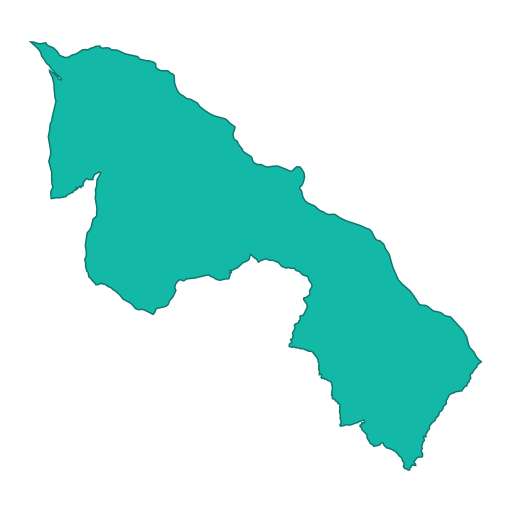 the district of Betulia, Santander, Colombia
{"feature_id": "7082276B21434370337268", "entity_name": "Betulia", "entity_type": "district", "adm_level": 2, "iso_a3": "COL", "parent_name": "Colombia", "parent_adm1": "Santander", "projection": "mercator", "projection_center": [-73.375, 7.001], "detail": "fine", "context": "isolated", "style": "filled", "palette": "teal", "viewbox_px": 512, "rotation_deg": 0, "n_neighbors": 0, "source": "geoboundaries", "source_scale": "gbopen_adm2", "svg_char_len": 5946}
<svg xmlns="http://www.w3.org/2000/svg" viewBox="0 0 512 512"><path d="M481.3,361.8L478.9,359.8L476.7,357.3L473.9,352.0L469.8,347.6L468.6,344.9L466.6,336.7L465.5,334.6L464.3,333.3L463.6,331.2L451.2,317.6L450.2,316.8L444.8,315.7L442.1,313.4L440.2,312.4L433.1,310.9L428.1,306.7L425.6,305.4L421.2,305.1L419.3,304.4L413.4,295.3L409.6,290.5L402.1,284.0L398.3,279.7L392.7,267.0L389.2,254.4L385.0,247.9L384.5,245.8L383.5,244.0L379.7,240.6L377.3,240.4L376.2,239.6L374.5,237.4L371.7,231.7L369.6,229.4L366.8,228.5L360.3,225.5L346.0,220.8L339.7,217.7L335.3,214.6L333.6,214.2L329.0,214.6L325.7,213.6L323.7,212.0L319.5,210.4L314.8,206.1L307.9,203.1L305.1,200.8L303.0,197.4L301.6,191.1L299.9,188.9L299.7,188.1L300.2,186.5L301.5,185.8L302.7,183.8L303.9,180.1L304.6,176.4L303.8,172.6L301.6,168.9L300.1,167.1L297.0,166.7L295.5,167.7L292.6,170.6L290.9,171.2L289.9,171.1L286.8,169.6L277.7,166.0L272.1,166.3L268.1,167.1L265.7,166.7L261.0,164.5L257.1,164.5L254.0,162.8L252.9,161.5L252.0,158.0L250.8,156.4L244.0,152.1L242.5,150.6L242.4,149.3L239.0,145.1L237.5,141.9L236.7,140.9L234.1,139.3L233.0,135.2L233.0,133.7L234.7,129.1L235.0,126.9L229.8,123.2L227.9,121.0L225.3,118.9L214.7,116.0L210.0,113.9L203.8,109.8L200.0,106.8L197.4,103.1L190.9,99.4L186.2,98.4L184.0,96.4L179.6,93.8L177.2,90.3L175.7,86.7L174.6,83.0L174.1,75.4L172.1,73.6L169.7,72.9L169.0,71.6L167.5,70.7L160.9,70.7L157.7,69.1L155.9,67.6L155.6,63.8L154.1,62.4L149.5,60.9L145.9,60.6L139.8,59.2L137.7,56.6L125.3,53.9L117.2,50.1L111.4,49.8L109.3,48.1L106.5,47.8L102.0,48.2L100.6,47.4L100.0,46.1L95.8,46.3L93.6,47.5L90.8,48.2L87.8,49.9L85.3,49.5L82.6,49.8L76.2,53.9L71.8,55.2L68.2,57.3L64.9,57.5L59.8,55.5L57.2,51.5L53.5,47.9L47.5,45.4L45.7,42.8L39.9,43.9L34.4,42.5L33.9,42.1L30.7,41.9L36.7,47.3L39.6,50.5L41.0,53.4L41.6,56.0L44.2,59.4L46.6,63.4L49.0,65.2L51.4,68.9L53.5,70.6L56.6,74.5L59.5,76.6L61.6,79.2L61.3,79.9L60.5,79.9L58.8,79.2L57.7,77.3L53.3,72.8L49.5,70.4L49.8,72.2L52.5,77.6L53.2,80.7L54.1,85.3L54.0,87.5L55.0,97.6L56.0,101.3L52.1,117.8L51.8,120.8L50.2,124.0L49.5,130.8L48.3,136.8L50.7,151.1L50.6,154.5L48.8,161.3L51.7,172.3L51.7,180.3L52.1,184.6L53.0,187.5L51.3,190.2L51.0,191.5L50.7,193.3L51.2,196.5L50.9,198.1L51.5,198.6L56.5,197.7L59.2,197.9L66.2,196.5L67.0,195.0L71.5,192.7L72.9,192.4L73.6,191.0L76.7,189.4L76.7,188.8L75.9,188.3L76.2,187.5L77.8,188.3L78.0,187.6L79.1,187.2L79.6,186.2L80.0,186.2L80.9,187.4L81.6,186.1L82.8,186.0L83.7,182.0L86.5,178.6L88.8,179.6L92.9,179.6L93.2,177.3L94.7,174.5L99.1,172.1L100.6,172.6L100.3,173.9L97.1,179.5L96.5,186.7L95.4,189.6L95.8,193.6L95.2,197.9L97.0,208.4L96.6,211.5L96.7,216.0L93.0,219.2L91.2,227.3L89.6,230.2L87.2,232.8L85.3,245.6L86.3,251.1L86.2,256.5L84.7,259.3L85.7,263.7L85.5,265.9L86.8,271.2L88.1,272.2L88.8,276.9L90.5,278.1L92.9,281.3L94.6,282.7L95.9,284.7L97.6,284.7L101.6,283.3L102.4,283.9L104.8,284.2L108.4,286.7L110.8,287.5L113.2,289.8L115.3,291.0L119.7,294.8L122.9,299.0L130.8,303.3L133.9,306.5L135.0,308.2L138.2,309.7L142.4,309.4L144.2,309.9L153.3,314.4L154.9,312.0L156.2,308.6L164.6,306.7L166.0,306.2L168.1,304.5L169.7,300.5L172.8,297.1L175.9,290.5L174.7,287.2L175.6,284.1L177.4,281.6L179.6,279.8L180.8,279.8L183.1,280.8L184.4,280.5L186.6,278.9L195.0,278.0L206.5,275.2L209.0,275.0L210.6,276.4L212.9,277.1L215.7,279.0L218.8,280.1L220.6,280.2L224.9,279.0L228.8,278.8L230.1,275.1L229.7,273.1L230.7,273.2L231.6,272.0L231.3,271.1L230.1,270.5L233.4,269.8L235.0,268.7L237.3,268.0L242.8,262.8L247.7,260.6L249.0,259.6L250.3,254.5L251.0,254.5L253.5,257.1L256.8,259.4L258.5,262.1L260.5,260.7L265.9,258.8L269.2,260.2L273.8,260.5L276.4,261.9L277.9,262.0L281.9,266.5L286.4,268.1L288.1,267.5L291.5,268.4L294.2,268.1L295.9,270.4L299.3,271.4L302.7,274.9L307.8,276.5L309.0,280.3L311.7,284.0L312.0,286.5L309.5,290.9L309.9,293.3L309.6,294.8L305.9,297.5L303.9,297.9L303.6,298.7L304.0,300.3L306.8,304.0L307.2,307.3L304.3,313.3L302.9,315.4L300.4,315.9L299.9,316.4L300.2,319.7L298.7,321.3L298.4,322.9L295.6,323.8L294.3,325.2L294.9,326.4L295.0,328.4L292.6,332.9L292.7,334.3L293.2,334.9L292.7,337.9L292.2,338.8L290.6,339.4L290.9,340.5L291.9,341.3L291.8,342.4L289.4,344.1L289.2,346.4L291.7,347.3L293.9,346.8L295.7,347.7L298.1,347.8L300.5,348.7L302.7,348.6L309.0,351.3L311.1,351.2L312.6,352.1L317.1,357.8L318.0,359.9L318.3,362.3L319.3,364.0L318.7,366.3L319.1,368.3L318.6,369.3L319.5,371.2L319.3,374.7L321.5,374.3L321.6,375.5L321.1,377.6L322.0,378.5L323.2,378.0L323.9,378.2L324.6,379.2L326.1,378.9L328.0,380.6L329.7,381.1L331.5,382.5L332.5,388.7L331.6,392.5L332.1,393.7L331.5,395.2L332.4,395.7L332.3,398.4L334.5,399.4L336.0,401.2L337.6,402.0L337.9,403.4L339.7,404.1L340.0,404.8L339.7,408.2L340.0,409.1L339.5,411.6L340.5,416.2L340.0,417.8L341.0,420.8L341.2,422.8L340.0,424.5L340.3,426.0L340.8,426.3L342.0,425.4L343.2,425.8L346.2,424.7L349.0,425.1L351.8,424.5L356.2,422.8L357.9,422.6L359.3,421.4L363.9,420.1L364.7,422.3L363.4,423.1L361.8,422.9L361.7,424.8L360.2,425.0L360.0,426.3L361.5,427.9L362.2,429.9L366.9,434.7L367.2,438.1L370.6,443.7L373.0,444.9L373.6,446.2L374.8,446.2L379.9,444.8L381.1,442.9L383.2,443.0L383.9,445.1L386.7,447.9L389.9,448.6L395.1,451.2L398.2,454.3L398.8,455.6L401.2,457.4L402.0,458.8L402.5,460.9L403.9,462.6L404.2,464.3L403.4,466.1L403.7,467.0L404.7,468.4L406.8,469.0L408.2,470.1L409.6,469.9L409.9,468.1L411.1,466.9L411.8,465.1L415.7,465.4L415.4,463.9L414.1,462.7L414.1,461.6L416.9,457.8L418.8,457.1L422.4,456.8L422.6,453.8L421.0,450.8L422.3,448.7L421.5,445.8L422.3,444.6L422.9,442.2L424.3,440.5L423.5,436.3L425.5,436.8L426.1,436.6L425.5,434.2L426.5,433.4L428.2,430.0L429.4,429.0L429.5,426.1L431.5,423.4L435.1,420.3L436.5,417.0L437.6,416.8L438.1,415.6L439.0,414.8L438.8,414.0L439.5,412.0L440.9,411.2L442.3,409.8L443.0,408.5L443.4,406.3L445.8,404.4L446.5,403.1L445.9,401.4L449.2,395.2L451.0,393.7L453.8,392.9L455.6,391.8L461.8,390.8L464.5,386.8L466.6,386.0L467.5,383.3L468.9,381.9L469.2,380.5L470.7,378.3L470.2,375.0L470.4,374.1L472.0,373.4L474.0,369.9L476.7,367.1L477.5,364.8L481.3,361.8Z" fill="#14b8a6" stroke="#0f766e" stroke-width="1.5"/></svg>